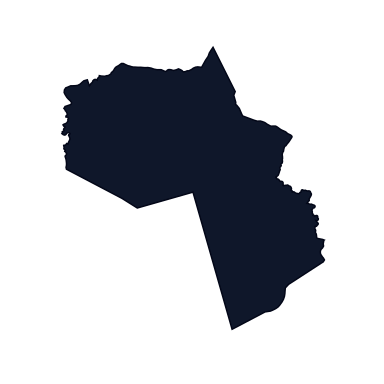 Evinayong, Centro Sur, Equatorial Guinea (Robinson projection), rotated 254°
{"feature_id": "11065452B18175278434840", "entity_name": "Evinayong", "entity_type": "district", "adm_level": 2, "iso_a3": "GNQ", "parent_name": "Equatorial Guinea", "parent_adm1": "Centro Sur", "projection": "robinson", "projection_center": [10.451, 1.358], "detail": "fine", "context": "isolated", "style": "filled", "palette": "ink", "viewbox_px": 384, "rotation_deg": 254, "n_neighbors": 0, "source": "geoboundaries", "source_scale": "gbopen_adm2", "svg_char_len": 6031}
<svg xmlns="http://www.w3.org/2000/svg" viewBox="0 0 384 384"><g transform="rotate(254 192 192)"><path d="M248.5,77.6L205.2,122.9L191.7,135.0L191.6,192.9L49.0,192.7L56.6,229.2L55.9,234.6L56.2,237.0L56.8,240.2L57.7,242.9L58.9,244.9L61.4,248.1L63.6,250.3L66.2,252.1L68.8,253.3L71.6,254.3L74.1,255.3L76.6,259.4L88.1,296.9L88.6,298.8L90.2,300.6L92.3,300.1L93.6,299.5L96.8,298.5L99.1,298.8L101.1,300.0L102.3,302.1L103.8,303.6L105.9,303.8L109.3,305.5L109.4,305.8L110.4,304.5L112.5,300.4L113.2,299.4L113.4,299.3L113.9,299.3L116.5,299.8L117.2,299.8L118.0,299.8L119.1,299.4L119.4,299.5L120.2,300.0L121.0,300.3L121.8,300.3L122.1,300.2L122.6,300.0L123.1,300.0L123.8,300.4L125.0,300.8L125.1,301.0L124.8,301.7L124.8,302.2L125.0,302.6L125.4,303.1L125.8,303.3L125.8,303.7L125.9,304.0L126.3,304.4L126.7,304.6L127.1,304.6L127.5,304.5L128.5,304.0L129.4,303.5L130.6,303.2L130.2,303.9L130.1,304.2L130.1,304.5L130.2,304.9L130.4,305.5L130.6,305.7L131.0,305.9L131.6,306.1L132.0,306.0L132.3,305.9L132.6,305.6L133.0,305.8L133.8,306.1L134.2,306.1L134.4,306.0L134.8,305.8L135.0,305.5L135.1,305.2L135.2,304.8L135.1,303.9L135.0,303.0L135.6,303.0L135.9,302.9L136.3,302.5L136.4,302.2L136.4,301.9L136.8,302.1L137.2,302.2L137.8,302.1L138.6,301.7L139.3,302.1L139.7,302.2L140.5,302.3L141.1,302.3L142.0,302.0L142.2,302.9L142.4,303.2L143.3,304.1L143.1,304.7L143.1,305.2L143.3,305.6L143.8,306.1L144.1,306.3L144.6,306.4L145.0,306.3L145.6,305.9L145.8,305.6L146.4,304.7L147.3,303.6L147.5,303.3L147.6,302.9L147.6,302.6L147.5,302.2L148.6,300.9L148.9,300.6L149.3,299.7L149.4,299.4L149.7,299.8L150.4,300.7L150.8,301.0L151.1,301.3L151.1,301.8L151.4,302.3L151.7,302.4L152.2,302.5L152.6,302.6L153.1,302.7L154.0,303.7L155.7,305.4L156.6,306.0L157.1,306.2L157.4,306.2L158.1,306.0L159.8,305.8L160.2,305.6L160.6,305.2L160.9,304.5L161.0,304.0L161.2,303.2L161.8,302.2L162.2,301.8L162.5,301.3L162.6,300.9L162.5,300.4L162.5,300.1L162.2,299.7L161.9,299.5L162.4,299.7L162.8,299.7L163.1,299.5L163.4,299.2L163.6,298.9L163.8,298.5L163.7,298.1L163.6,297.8L163.3,297.5L161.8,296.5L161.8,295.8L161.5,295.3L161.1,294.7L160.8,294.4L161.3,293.4L162.2,291.6L162.5,291.2L163.6,290.5L163.9,290.2L164.2,289.7L164.3,289.2L164.3,288.4L165.0,288.6L165.7,288.5L166.1,288.3L166.6,287.6L167.2,288.2L168.0,288.6L169.1,288.5L169.6,288.4L170.1,288.2L170.3,288.1L170.5,287.8L171.2,286.8L171.7,286.5L172.0,286.3L172.2,286.0L172.4,285.7L172.5,285.2L172.3,284.7L172.5,284.4L172.7,283.7L172.8,282.8L172.8,281.9L172.9,281.7L173.1,281.4L173.4,281.6L173.7,281.7L174.0,281.7L174.5,281.5L174.8,281.8L175.0,281.9L175.6,282.1L176.1,282.1L176.8,281.9L177.1,281.7L177.5,281.2L177.6,280.9L177.9,280.0L178.0,279.6L178.4,279.4L178.8,279.3L179.2,279.2L179.5,279.0L180.1,278.8L180.4,278.6L180.8,278.1L180.8,277.7L180.8,277.3L181.7,277.3L182.1,277.2L182.5,276.9L182.8,276.5L183.2,276.6L183.6,277.9L184.2,279.2L184.4,279.5L185.8,280.6L186.7,281.1L187.4,281.7L187.8,281.8L188.3,281.9L188.5,282.4L188.8,282.7L189.4,283.0L189.7,283.0L190.9,283.0L191.5,283.2L191.7,283.8L191.9,284.2L192.7,285.0L193.1,285.1L194.3,285.0L194.5,285.2L194.9,286.5L195.2,286.8L196.4,287.4L197.4,287.6L198.2,287.7L199.3,288.3L201.4,288.8L203.0,289.0L204.6,289.8L205.4,290.5L206.0,291.2L206.4,291.4L207.2,291.7L208.3,292.3L209.3,292.9L210.2,293.7L210.5,294.2L210.5,294.7L210.7,295.1L212.3,297.1L213.0,298.3L214.4,300.0L217.0,303.0L217.7,303.4L218.1,303.4L219.5,302.6L220.3,301.7L221.0,300.9L221.8,300.0L223.6,298.9L224.3,298.3L227.0,295.1L228.1,294.1L230.8,292.0L231.9,291.0L232.4,290.3L232.5,290.0L233.1,287.8L233.3,286.8L233.6,285.9L234.3,285.1L236.6,282.8L237.9,281.8L238.8,281.0L240.3,279.0L241.4,277.2L242.1,274.3L244.0,271.3L245.8,268.9L251.1,261.7L252.9,261.3L259.3,260.5L263.3,258.8L264.0,258.0L266.2,258.8L270.5,258.8L273.5,258.8L276.6,261.2L325.3,252.1L322.8,249.1L320.9,247.0L317.9,244.9L314.9,241.3L309.2,235.6L310.7,232.0L311.0,229.9L311.0,229.7L310.7,227.4L310.0,225.6L309.6,223.8L309.4,222.3L309.8,220.9L309.8,220.5L309.6,219.2L309.6,218.5L309.8,217.0L310.1,216.6L311.4,215.9L312.6,214.8L314.0,213.1L314.1,212.9L313.8,210.6L313.9,207.8L314.7,206.4L315.4,205.4L316.1,203.5L316.0,202.0L315.4,201.1L315.1,200.4L315.2,199.7L315.9,198.6L318.0,196.2L318.6,194.3L319.2,192.1L320.6,189.3L322.4,186.8L323.8,183.9L324.4,181.4L325.0,179.7L326.1,176.9L326.4,175.7L327.0,173.8L327.7,171.9L328.2,170.2L329.0,168.6L330.3,166.7L331.0,165.3L333.0,163.0L334.4,161.5L335.0,159.6L334.4,158.0L333.7,156.2L333.4,154.6L332.9,153.0L332.0,151.7L330.6,150.3L329.5,148.8L329.2,147.7L328.6,147.0L327.8,146.5L327.3,144.5L326.9,143.7L327.3,142.3L327.3,140.0L328.5,136.7L329.4,135.0L328.4,134.6L328.0,133.9L327.4,132.9L327.2,132.7L326.6,132.2L325.8,131.8L325.6,131.7L326.1,131.2L326.6,130.7L326.9,130.1L327.0,129.7L326.9,128.8L326.8,128.4L326.1,127.3L325.8,127.0L325.1,126.7L324.8,126.4L324.5,125.5L324.1,124.8L323.9,124.5L323.2,123.8L322.3,122.6L328.7,122.3L328.7,118.7L327.8,116.7L326.5,114.1L326.0,111.6L326.3,109.4L327.1,106.0L327.5,104.6L327.1,101.6L326.9,99.3L325.3,97.5L322.8,96.5L320.6,96.9L317.5,97.8L315.4,98.8L313.1,100.2L311.2,100.9L309.5,99.8L309.2,93.5L308.8,93.2L308.1,92.4L307.7,91.9L306.0,92.7L305.1,92.6L304.2,93.2L303.3,93.4L301.0,93.7L300.2,92.6L299.7,91.7L298.8,91.5L298.1,93.3L296.9,93.7L296.3,92.8L295.0,92.4L294.4,92.4L293.7,91.5L293.3,91.0L292.8,90.3L292.6,89.0L292.5,87.5L292.1,86.5L290.9,86.8L290.3,87.1L290.0,87.7L289.4,87.9L288.9,87.5L288.4,86.5L288.0,86.1L287.6,85.8L287.0,86.0L286.4,86.0L285.9,84.8L285.7,83.9L284.5,83.6L284.0,83.0L283.4,83.5L282.5,84.1L281.8,85.3L281.8,86.0L282.1,86.7L282.7,87.5L283.2,88.3L283.3,89.0L283.0,89.7L282.3,90.6L281.6,90.8L281.0,89.9L281.0,89.3L280.2,88.9L279.5,89.3L276.7,89.4L274.9,88.0L274.1,87.2L273.2,86.6L272.3,86.1L272.4,85.8L272.9,85.7L273.2,85.0L272.5,84.0L271.8,83.3L272.0,82.5L272.3,82.0L272.2,81.5L270.9,81.4L270.3,81.5L270.1,81.3L268.8,80.7L267.9,81.3L267.4,81.8L266.7,81.6L266.4,80.9L266.1,80.8L265.2,81.7L264.3,81.7L263.2,82.1L262.4,81.5L261.9,80.3L261.1,79.8L258.6,79.9L257.2,79.8L254.9,79.4L253.9,79.2L252.3,78.7L250.4,77.7L248.5,77.6Z" fill="#0f172a" stroke="#020617" stroke-width="1.5"/></g></svg>